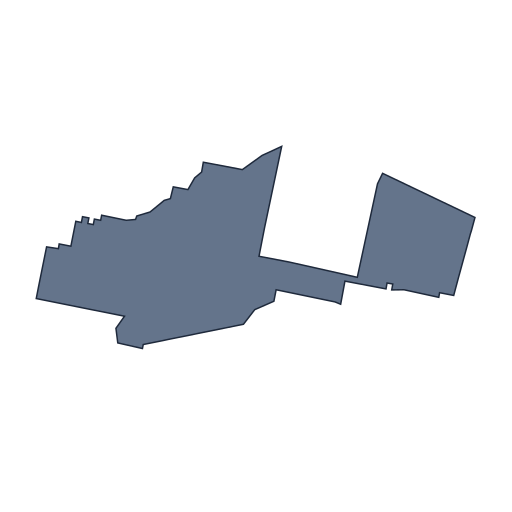 outline of Ware, Georgia, United States of America, rotated 281°
{"feature_id": "52423323B47497093243576", "entity_name": "Ware", "entity_type": "district", "adm_level": 2, "iso_a3": "USA", "parent_name": "United States of America", "parent_adm1": "Georgia", "projection": "mercator", "projection_center": [-82.412, 31.019], "detail": "fine", "context": "isolated", "style": "filled", "palette": "slate", "viewbox_px": 512, "rotation_deg": 281, "n_neighbors": 0, "source": "geoboundaries", "source_scale": "gbopen_adm2", "svg_char_len": 935}
<svg xmlns="http://www.w3.org/2000/svg" viewBox="0 0 512 512"><g transform="rotate(281 256 256)"><path d="M255.0,457.6L272.4,458.8L307.0,461.4L318.5,462.2L321.8,462.6L335.6,463.6L361.3,364.5L357.9,363.6L350.1,361.5L254.4,359.5L256.4,289.7L256.3,259.0L285.2,259.0L368.5,260.3L355.9,242.8L338.2,226.1L338.0,186.4L328.0,186.6L321.0,180.9L308.2,176.5L308.1,161.6L296.0,161.0L293.1,155.3L279.0,143.6L272.5,131.3L268.9,130.8L266.3,121.8L266.6,96.7L261.4,96.7L261.4,90.3L255.8,90.3L255.8,84.7L261.5,84.7L261.5,78.2L255.6,78.2L255.7,72.5L230.3,72.4L230.3,60.5L225.5,60.6L225.0,48.7L184.4,48.4L172.3,48.4L172.0,97.2L171.8,138.4L158.3,132.3L144.3,136.9L143.5,162.2L147.6,162.2L155.1,180.5L157.2,185.4L186.6,256.7L203.1,265.0L215.0,282.2L226.7,282.2L226.0,342.3L224.8,348.3L248.3,348.1L248.5,389.9L254.5,389.8L254.6,395.6L248.6,395.7L251.1,407.7L250.3,443.3L255.0,443.2L255.0,457.6Z" fill="#64748b" stroke="#1e293b" stroke-width="1.5"/></g></svg>